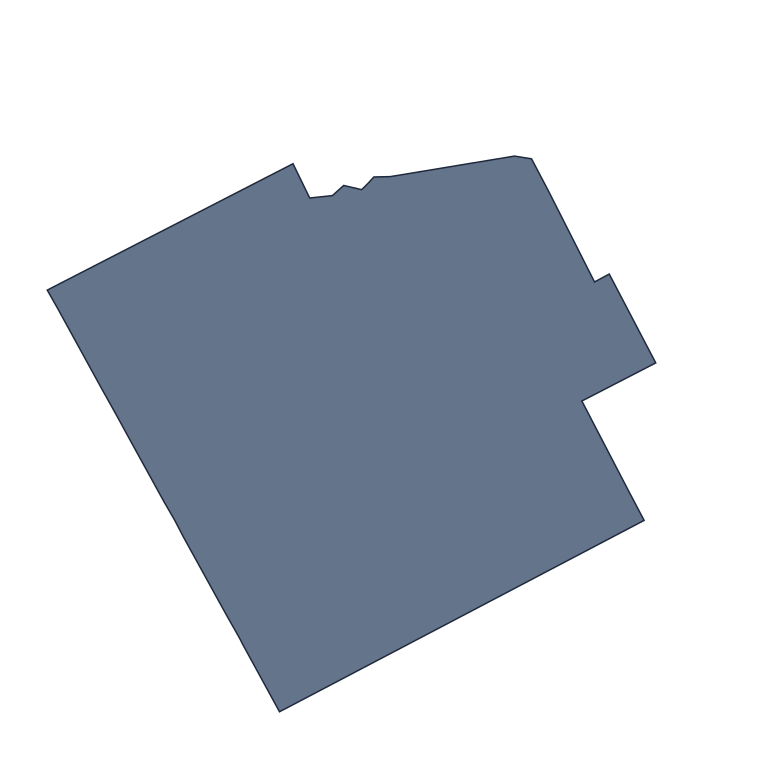 Columbia, Arkansas, United States of America (Robinson projection), rotated 61°
{"feature_id": "52423323B4555775587710", "entity_name": "Columbia", "entity_type": "district", "adm_level": 2, "iso_a3": "USA", "parent_name": "United States of America", "parent_adm1": "Arkansas", "projection": "robinson", "projection_center": [-93.258, 33.236], "detail": "fine", "context": "isolated", "style": "filled", "palette": "slate", "viewbox_px": 768, "rotation_deg": 61, "n_neighbors": 0, "source": "geoboundaries", "source_scale": "gbopen_adm2", "svg_char_len": 614}
<svg xmlns="http://www.w3.org/2000/svg" viewBox="0 0 768 768"><g transform="rotate(61 384 384)"><path d="M629.4,222.6L595.4,221.9L494.8,219.2L497.3,136.1L397.0,133.7L396.8,150.4L295.8,146.6L258.6,145.8L247.9,159.4L205.6,278.1L198.0,292.5L200.8,300.8L203.2,309.3L190.8,323.0L194.2,337.8L185.3,358.8L147.2,356.8L138.6,633.0L139.5,633.0L161.0,632.8L247.3,633.2L282.6,633.1L313.3,633.3L313.5,633.3L380.2,633.5L402.2,633.1L419.8,633.6L461.1,633.7L494.3,633.8L511.8,633.8L512.3,633.8L531.0,633.6L538.9,633.6L541.3,633.8L620.0,634.3L622.1,542.4L629.4,222.6Z" fill="#64748b" stroke="#1e293b" stroke-width="1.5"/></g></svg>